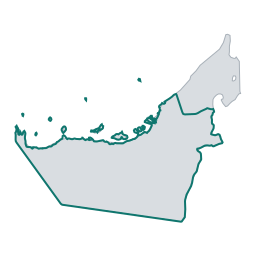 location of Abu Dhabi within United Arab Emirates
{"feature_id": "ARE-349", "entity_name": "Abu Dhabi", "entity_type": "Emirate", "adm_level": 1, "iso_a3": "ARE", "parent_name": "United Arab Emirates", "parent_adm1": "", "projection": "robinson", "projection_center": [53.623, 23.935], "detail": "fine", "context": "in_parent", "style": "outline", "palette": "teal", "viewbox_px": 256, "rotation_deg": 0, "n_neighbors": 0, "source": "natural_earth", "source_scale": "10m", "svg_char_len": 8062}
<svg xmlns="http://www.w3.org/2000/svg" viewBox="0 0 256 256"><path d="M236.2,57.0L239.3,61.4L239.9,91.4L240.6,93.5L239.0,93.8L237.2,96.1L235.1,99.6L232.1,101.4L229.8,103.5L227.5,106.0L225.6,106.6L222.9,103.3L221.2,100.0L221.6,99.3L222.8,99.1L223.3,97.4L222.5,94.9L220.8,94.0L218.6,93.9L216.5,95.0L214.3,97.2L213.0,99.5L212.8,104.3L213.4,109.6L213.4,112.1L212.2,115.3L211.8,120.1L212.7,123.7L213.5,125.9L213.6,127.7L211.5,133.5L213.3,134.6L219.3,135.0L221.1,139.0L222.3,141.7L222.0,143.3L217.8,144.5L212.4,145.8L208.5,145.4L201.6,147.2L197.9,149.9L199.0,151.6L200.2,152.9L200.8,156.6L199.8,161.7L197.8,166.7L195.4,172.9L192.5,180.0L188.7,190.8L185.4,199.2L185.1,205.3L185.2,209.2L184.8,217.2L181.7,221.5L181.0,221.6L177.3,221.1L176.0,220.9L172.4,220.4L166.9,219.7L159.8,218.6L151.3,217.4L141.8,216.1L131.7,214.7L121.3,213.2L110.8,211.7L100.7,210.3L91.3,209.0L82.8,207.8L75.7,206.7L70.1,206.0L66.6,205.5L65.3,205.3L61.4,204.7L59.3,201.8L56.7,198.2L54.1,194.7L51.5,191.1L49.0,187.5L46.4,184.0L43.8,180.4L41.3,176.9L38.7,173.3L36.1,169.7L33.6,166.2L31.0,162.6L28.4,159.1L25.9,155.5L23.3,151.9L20.7,148.4L18.2,144.8L16.5,142.4L15.5,139.8L15.4,132.7L15.4,131.2L17.1,128.3L17.9,130.4L19.9,133.1L23.1,132.4L24.7,132.9L25.8,142.7L28.2,146.1L31.1,147.5L41.1,148.3L47.3,147.0L59.5,140.6L65.9,138.3L83.6,138.7L97.7,141.4L119.8,142.9L124.1,142.5L136.0,137.4L143.3,132.9L147.7,131.6L150.5,127.3L152.4,121.6L154.1,117.9L156.2,116.1L158.3,113.0L159.9,107.8L164.0,102.7L180.4,90.1L189.9,79.5L190.8,76.1L196.0,70.9L200.1,65.3L219.5,49.2L223.4,42.6L225.7,35.2L225.9,34.6L227.6,34.3L230.0,35.4L230.3,41.0L229.4,46.3L229.4,51.8L229.0,54.8L230.9,57.3L234.0,58.4L235.3,58.3L236.2,57.0ZM235.6,79.6L235.9,77.2L235.4,76.0L233.4,75.9L232.5,77.9L232.3,80.8L233.7,81.0L235.6,79.6ZM125.7,137.1L125.7,138.9L121.0,138.4L119.7,139.4L115.8,138.8L112.0,137.5L114.6,135.3L121.3,132.7L124.1,135.0L125.7,137.1ZM97.9,132.7L94.4,133.0L91.3,130.9L97.9,128.2L99.7,126.9L101.6,124.4L103.2,126.6L101.5,130.0L100.2,131.5L97.9,132.7ZM150.9,122.7L150.5,123.7L149.1,123.6L145.8,122.7L144.8,121.1L146.8,119.3L147.7,119.2L149.0,121.1L150.9,122.7ZM64.4,131.0L63.6,131.4L62.8,128.5L62.9,127.6L65.0,126.2L66.3,128.6L64.4,131.0Z" fill="#d9dde1" stroke="#a8b0b8" stroke-width="1"/><path d="M213.2,109.0L213.9,110.7L214.1,111.8L212.8,113.0L212.5,114.9L211.8,115.6L211.4,116.4L211.4,117.5L212.0,119.8L211.9,122.8L212.1,123.6L212.4,124.0L213.3,124.6L213.7,125.1L213.8,125.6L213.6,128.2L213.3,129.0L211.5,132.4L211.2,133.4L211.2,134.2L211.8,134.5L214.7,135.2L215.5,135.2L218.1,134.1L219.5,134.7L220.3,136.7L220.9,139.0L222.6,142.3L222.1,143.2L219.1,143.9L213.7,146.3L212.8,146.2L211.6,145.2L210.8,145.4L210.0,145.7L209.3,145.7L207.7,145.4L206.2,145.4L204.9,145.6L203.6,146.2L201.3,147.5L199.3,148.3L197.3,148.7L197.1,149.5L197.5,150.5L198.3,151.3L200.0,152.3L200.8,153.5L201.0,155.1L201.2,159.2L201.0,159.9L198.8,163.4L198.4,164.3L196.8,171.1L196.2,172.1L194.4,174.2L193.6,175.6L193.0,177.4L192.1,182.8L191.1,186.1L186.6,194.5L185.2,199.7L185.0,201.3L185.3,209.3L184.8,217.2L181.7,221.5L181.0,221.7L62.7,204.8L61.6,204.4L60.6,203.5L16.5,142.5L15.8,141.2L15.6,139.8L15.7,134.9L15.4,132.8L16.4,131.3L16.5,128.9L15.6,126.9L16.6,125.8L17.0,126.7L18.0,128.3L18.2,129.3L18.1,132.5L18.4,134.4L19.1,134.8L19.8,134.1L20.2,131.6L20.6,132.3L21.0,134.0L21.3,134.5L21.5,134.7L22.0,134.7L22.4,134.6L22.6,134.3L22.7,134.1L23.4,131.6L24.3,130.9L25.2,132.5L25.4,133.7L24.9,137.1L24.9,138.4L25.5,141.1L25.5,143.5L25.6,144.1L26.0,145.2L26.1,145.7L26.6,146.7L27.7,147.0L30.0,147.1L30.5,147.2L31.0,147.5L32.2,148.6L32.5,148.6L32.7,148.4L32.4,148.0L32.3,147.4L33.3,147.2L36.0,147.4L36.3,147.3L36.6,147.4L37.2,148.0L38.7,148.7L41.0,148.3L41.9,148.5L42.3,148.2L42.8,148.5L43.5,148.2L46.0,148.1L46.8,147.8L48.6,146.7L49.4,146.5L50.9,146.5L51.5,146.3L53.2,144.7L54.7,144.3L55.6,143.9L56.3,143.3L56.9,142.1L58.3,141.5L60.4,139.6L61.3,139.1L61.9,138.9L62.4,138.5L62.7,135.9L63.6,135.3L64.5,135.7L65.2,136.4L66.9,138.9L67.4,139.1L67.8,138.7L68.2,138.5L69.2,138.5L71.1,139.1L72.2,139.2L72.8,139.1L74.3,138.5L74.8,138.5L75.9,138.9L79.8,139.2L82.0,138.5L82.2,138.3L82.3,137.7L82.6,137.7L82.8,137.9L83.2,138.5L84.6,139.7L85.5,140.1L87.3,139.2L88.3,139.6L89.2,140.1L90.0,139.9L89.3,139.5L89.1,139.0L89.0,137.7L90.1,137.5L91.3,138.1L92.4,139.0L93.2,139.9L93.8,141.1L94.2,141.4L96.8,141.5L102.8,140.2L103.2,140.2L103.6,140.5L104.2,141.3L104.7,141.6L105.4,141.8L106.1,141.8L106.6,141.5L107.5,142.1L108.4,142.6L109.2,143.8L109.5,144.1L109.9,144.2L111.0,144.1L111.8,143.6L113.1,144.1L115.2,142.9L116.6,143.3L122.3,143.4L123.4,143.2L124.0,142.7L126.8,141.1L129.8,140.6L130.7,140.1L131.7,139.9L132.9,139.2L134.8,138.9L136.3,137.7L137.1,136.9L137.4,136.1L137.9,135.7L140.9,134.7L143.4,132.8L143.8,132.7L144.2,132.0L145.1,132.1L147.0,132.9L147.4,132.3L149.1,130.8L150.0,129.5L151.8,125.6L151.6,124.3L151.7,123.6L152.5,123.2L151.8,122.8L151.8,122.4L152.5,122.5L153.7,123.1L154.4,123.2L154.1,122.5L153.3,121.6L153.1,120.9L155.2,121.9L155.7,122.4L156.0,122.4L155.8,121.0L154.9,120.5L153.7,120.5L152.4,120.2L149.7,118.3L148.6,118.0L148.6,117.6L149.2,117.5L149.7,117.1L150.2,116.5L150.5,117.3L150.8,117.6L150.7,117.1L150.9,116.6L151.5,115.8L151.8,115.8L152.2,117.3L153.1,118.7L154.2,119.6L155.3,119.5L154.4,118.7L154.9,118.7L155.9,119.1L156.3,119.1L156.9,118.1L157.1,118.0L158.8,114.2L158.1,113.9L157.7,113.4L157.9,113.0L158.7,112.8L159.2,112.5L159.3,111.7L159.6,110.9L160.4,110.5L160.4,110.2L160.0,109.9L159.5,107.9L159.7,107.5L159.0,106.9L159.2,106.0L159.6,105.5L161.4,104.2L161.9,103.3L162.1,103.0L163.6,103.8L164.3,103.7L165.0,103.2L165.2,102.4L164.6,101.6L169.7,98.4L172.0,96.7L173.4,95.3L174.3,94.6L176.1,94.0L176.5,94.6L182.3,112.1L182.8,113.2L183.3,114.0L184.3,114.3L185.2,114.4L195.1,114.0L196.4,113.7L197.8,113.1L201.0,111.2L206.1,108.9L207.2,108.2L210.8,109.2L212.7,109.2L213.2,109.0ZM114.3,138.2L112.2,138.0L111.7,137.8L111.7,137.4L112.4,136.6L113.0,136.2L114.7,135.5L115.6,134.6L116.1,134.2L116.9,134.0L117.3,134.0L118.4,134.4L118.7,134.2L119.8,133.3L121.6,132.4L122.0,131.8L122.3,132.4L122.0,132.9L122.7,134.0L124.1,134.9L125.7,135.2L127.0,135.8L127.5,137.3L126.8,138.6L125.4,139.1L123.7,139.1L122.3,138.5L122.4,138.0L122.1,137.3L121.5,137.1L121.0,138.1L121.4,138.5L120.1,139.3L118.6,139.7L117.0,139.5L114.3,138.2ZM97.4,132.4L96.8,131.6L96.1,131.5L95.2,131.0L94.8,131.8L92.3,131.5L91.1,131.7L90.9,131.4L91.0,131.1L91.3,130.4L93.2,130.7L93.6,130.5L94.8,130.0L95.3,129.5L97.8,128.5L98.2,128.5L98.6,129.3L99.1,129.6L99.5,129.4L99.6,128.8L99.5,128.2L99.2,127.7L101.0,124.9L101.8,124.3L102.1,125.4L103.2,126.1L102.9,128.2L102.3,128.9L100.5,129.8L99.6,130.4L98.5,130.5L97.8,131.0L97.8,131.6L97.4,132.4ZM61.7,129.0L63.0,127.1L64.1,126.4L65.2,126.8L65.7,127.7L66.0,129.1L65.9,129.9L64.9,131.3L63.3,133.0L62.6,132.3L61.6,130.0L61.7,129.0ZM149.2,123.6L144.8,122.1L144.8,121.2L146.7,119.4L147.3,118.3L147.6,118.3L147.3,119.5L147.6,120.5L148.5,121.1L150.2,122.1L151.1,123.0L151.1,123.6L150.5,123.9L149.2,123.6ZM138.0,134.4L137.6,133.4L136.6,132.9L135.4,132.6L134.4,132.0L133.9,130.5L134.5,129.4L135.5,129.0L136.1,129.6L137.9,131.6L138.4,133.0L138.0,134.4ZM141.6,130.7L141.1,131.1L140.3,131.4L139.8,131.4L139.5,131.3L138.7,130.3L137.7,129.6L137.5,129.3L137.7,128.4L138.1,127.9L138.6,127.5L139.3,127.3L140.0,127.3L140.9,129.0L141.9,130.3L141.6,130.7ZM50.1,117.4L51.1,118.2L51.4,119.5L50.8,120.6L50.3,120.9L49.6,120.5L48.8,119.7L48.8,119.0L49.6,117.7L50.1,117.4ZM144.3,126.5L144.8,126.9L144.8,127.7L144.3,129.3L143.6,129.7L142.3,127.3L142.2,126.9L142.5,126.9L143.0,127.0L143.7,127.4L143.7,127.2L143.6,126.9L142.9,126.3L142.8,125.8L143.4,125.8L144.3,126.5ZM138.9,78.8L139.9,79.1L140.3,81.0L139.7,80.7L139.1,80.7L138.3,79.8L138.9,78.8ZM35.8,133.0L36.3,132.7L36.7,133.4L36.6,133.7L36.7,134.0L36.4,134.7L35.9,135.3L35.3,134.8L35.5,134.4L35.5,133.8L35.8,133.0ZM85.2,98.2L86.1,98.3L86.2,99.2L86.1,100.3L85.8,100.0L85.7,99.8L85.3,99.3L85.1,98.6L85.2,98.2ZM22.7,113.7L23.2,114.1L23.4,114.6L23.0,116.0L22.7,115.8L22.7,115.1L22.8,114.7L22.6,114.8L22.6,114.4L22.4,114.5L22.5,114.8L22.2,114.5L22.1,114.0L22.5,113.7L22.7,113.7Z" fill="none" stroke="#0f766e" stroke-width="2"/></svg>